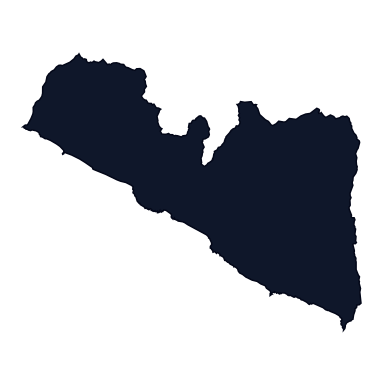 Caraveli, Arequipa, Peru
{"feature_id": "86281439B24627039816812", "entity_name": "Caraveli", "entity_type": "district", "adm_level": 2, "iso_a3": "PER", "parent_name": "Peru", "parent_adm1": "Arequipa", "projection": "natural_earth1", "projection_center": [-73.996, -15.752], "detail": "fine", "context": "isolated", "style": "filled", "palette": "ink", "viewbox_px": 384, "rotation_deg": 0, "n_neighbors": 0, "source": "geoboundaries", "source_scale": "gbopen_adm2", "svg_char_len": 5997}
<svg xmlns="http://www.w3.org/2000/svg" viewBox="0 0 384 384"><path d="M354.2,217.8L352.2,217.7L351.1,216.8L351.5,215.2L349.3,209.5L348.9,207.6L350.2,205.2L349.9,200.0L351.0,197.7L350.1,195.6L350.0,193.2L352.9,185.3L352.2,183.1L352.3,181.6L352.8,180.8L353.1,177.1L355.8,173.3L357.1,169.7L356.9,168.2L357.2,166.7L356.5,164.9L356.2,161.0L356.8,157.7L355.5,153.7L357.1,149.6L358.0,148.5L359.6,142.6L359.3,141.0L356.6,138.8L356.9,137.6L355.9,135.1L353.9,133.1L351.6,128.3L351.7,126.0L350.5,124.2L350.9,123.1L349.7,121.4L349.1,118.4L346.8,116.2L344.9,116.8L342.9,116.1L341.1,116.7L340.0,117.7L335.7,118.8L333.7,116.5L330.4,115.0L325.8,117.5L323.7,115.9L321.2,112.6L320.5,113.5L319.5,113.0L318.8,113.3L318.5,112.1L319.3,111.0L319.4,109.9L318.8,109.2L316.8,108.3L310.2,113.4L305.6,114.1L300.9,116.0L296.2,119.4L289.3,118.5L285.9,121.7L284.0,122.1L278.7,121.2L276.1,123.8L272.8,125.6L271.2,125.0L268.4,121.4L265.4,119.8L259.7,114.6L257.7,108.6L256.0,106.4L255.9,105.6L256.5,104.7L255.3,104.5L253.5,105.0L251.2,101.7L244.7,102.3L240.5,101.6L239.8,103.3L238.0,104.4L237.1,104.5L238.2,106.1L238.9,108.9L238.8,111.6L239.5,113.4L238.4,115.4L239.7,117.7L239.0,119.9L239.9,121.3L240.0,123.2L239.3,124.6L238.5,126.0L236.3,125.9L235.3,128.1L233.0,128.9L231.1,130.5L229.6,132.8L226.0,136.8L225.9,137.9L225.3,138.6L224.4,141.3L224.8,141.7L221.9,145.0L221.8,145.8L219.6,147.3L218.4,147.4L217.0,150.0L214.4,151.4L214.6,153.2L213.9,153.9L213.2,158.0L212.7,158.3L212.9,158.6L212.7,159.9L212.1,160.0L212.0,160.6L210.2,162.0L207.8,163.4L207.1,164.6L205.1,166.1L204.0,166.3L201.0,163.9L201.6,162.7L201.0,158.1L202.0,155.9L202.4,153.1L202.9,152.1L202.5,149.8L204.1,147.1L202.0,142.1L202.8,141.0L202.7,139.8L203.0,139.2L205.2,138.8L208.4,136.9L209.3,134.7L208.6,131.1L209.5,129.5L209.3,128.4L208.1,126.8L206.6,121.4L204.5,118.1L203.2,118.5L202.9,117.6L201.7,117.0L200.9,115.9L199.2,116.0L195.9,118.7L195.5,120.1L192.9,120.4L192.1,121.2L191.3,123.2L189.2,123.5L188.5,127.4L189.5,128.1L188.6,129.4L188.5,130.6L187.7,132.0L187.3,134.1L186.3,135.4L182.9,135.8L181.4,137.0L177.7,135.8L175.3,135.5L174.3,135.9L172.5,134.7L170.1,134.7L168.6,133.5L166.1,134.3L162.0,134.2L160.2,131.2L161.9,128.7L160.7,128.1L159.0,126.0L157.6,121.8L157.9,120.7L157.0,116.4L159.1,111.9L159.3,110.5L160.7,109.2L158.6,108.1L156.2,107.8L154.0,104.2L153.2,104.3L152.3,105.0L151.4,103.5L148.2,103.3L146.2,100.2L144.8,100.0L143.0,98.7L141.5,96.4L141.6,95.6L144.5,91.9L144.3,89.3L146.4,86.4L145.5,84.0L145.2,81.1L144.1,79.8L146.1,76.6L143.9,70.9L140.1,68.6L136.6,68.8L135.0,70.4L132.4,69.8L128.3,67.8L125.6,67.1L123.7,64.5L120.2,64.2L119.7,63.6L116.7,62.8L113.2,63.0L111.5,63.8L111.0,64.7L109.2,64.1L107.4,64.6L103.0,59.4L101.4,61.0L98.8,62.6L94.6,61.7L94.0,61.1L92.1,62.6L90.5,62.1L89.3,62.7L87.7,62.5L86.6,61.4L86.3,59.5L84.7,58.9L83.1,59.2L81.9,57.7L80.7,57.1L79.0,53.9L78.4,54.9L75.9,56.1L74.1,58.8L69.8,62.3L62.2,65.7L60.9,65.2L58.9,65.3L56.5,66.9L54.2,69.9L51.1,71.6L50.6,72.5L48.9,73.8L47.0,76.7L45.9,82.1L42.7,86.8L42.6,93.4L41.9,96.4L39.4,100.1L37.1,101.3L35.5,102.9L34.9,104.8L33.2,107.4L33.3,111.7L32.9,114.0L31.0,118.6L28.0,124.1L27.3,125.0L25.2,125.1L23.0,126.8L23.5,126.8L24.3,128.1L24.9,127.8L25.9,129.1L27.8,129.4L28.2,130.0L30.6,130.6L32.0,129.9L36.2,130.8L39.0,132.5L39.5,134.5L40.6,135.5L40.5,136.3L41.0,136.8L42.1,136.8L45.1,138.7L46.6,138.7L50.5,140.4L56.5,143.9L59.9,146.3L63.7,150.3L63.9,152.0L62.5,153.6L62.7,154.3L63.7,153.8L64.3,152.6L65.2,152.6L71.7,155.0L79.7,159.0L85.1,162.4L92.5,167.5L92.8,168.9L93.8,169.5L105.4,174.2L117.0,179.8L120.6,181.2L125.9,182.5L131.2,185.2L133.0,186.6L132.8,189.3L133.6,189.8L133.0,192.8L134.3,193.8L135.0,196.0L136.0,197.0L137.2,201.1L139.2,203.4L140.0,203.4L140.2,204.5L144.2,206.9L145.1,208.4L146.6,208.0L147.4,209.1L148.2,209.0L148.9,209.7L150.4,208.7L151.0,209.0L151.2,210.3L152.1,210.2L152.4,210.9L152.8,210.7L153.6,211.3L154.7,210.8L154.7,211.3L155.5,211.2L155.9,211.7L157.5,211.1L157.5,212.7L158.8,212.5L159.9,210.6L160.2,211.9L160.9,211.6L161.5,212.0L162.1,210.9L162.8,211.4L163.8,210.0L166.1,210.4L170.9,213.8L171.6,215.4L171.2,216.9L171.7,218.0L172.3,218.1L172.8,218.8L172.9,218.4L174.2,219.1L174.4,218.4L174.8,219.1L176.5,220.1L177.9,220.2L178.0,221.0L182.8,221.8L184.8,222.7L187.8,224.7L206.5,234.8L208.6,236.9L208.6,237.9L209.7,238.7L211.6,242.9L211.6,244.7L210.4,246.3L210.3,248.1L211.4,248.6L211.7,249.7L212.6,249.9L213.0,252.2L214.9,251.6L216.5,253.4L217.4,252.6L218.1,252.7L219.9,254.3L220.0,255.6L220.7,255.5L223.6,257.3L224.7,260.3L225.2,260.1L227.7,262.2L228.7,262.4L230.0,264.0L233.5,265.8L233.9,266.9L234.8,266.6L236.5,267.8L237.7,269.0L238.3,271.1L239.6,272.9L242.6,274.4L246.0,277.1L252.1,280.1L257.2,281.4L260.8,283.9L265.2,285.7L266.5,288.2L270.2,290.9L270.9,293.2L270.2,293.5L270.1,295.5L271.2,294.7L271.4,293.8L271.8,293.9L271.3,293.3L273.8,292.1L274.3,292.4L274.5,291.7L275.4,291.9L276.6,293.2L277.7,292.6L279.3,293.9L280.1,292.9L280.9,293.7L282.0,292.9L284.6,293.0L287.1,294.3L287.7,295.1L288.6,295.1L289.0,295.6L290.3,295.3L294.0,297.2L294.9,297.0L294.9,296.3L295.5,296.1L297.8,297.8L300.1,298.4L301.2,299.8L302.8,300.1L306.7,302.2L308.9,304.2L309.4,304.4L310.6,303.4L311.3,304.0L313.3,303.3L323.2,307.7L325.6,309.7L328.2,310.6L329.2,310.4L329.9,311.2L335.3,313.4L338.4,315.2L339.5,316.0L340.3,317.6L341.6,318.3L342.0,320.0L340.8,321.1L341.5,322.6L341.0,323.7L341.2,324.7L342.2,325.4L342.8,327.1L342.5,327.5L343.7,329.3L343.6,330.1L344.8,328.6L345.3,326.4L345.2,325.4L346.6,322.8L349.5,321.1L350.9,320.9L351.6,319.8L352.9,319.3L353.6,314.8L355.0,310.7L354.8,309.0L355.8,308.5L355.9,307.6L356.7,307.1L356.8,305.1L359.3,304.7L361.0,303.2L359.8,292.1L360.5,288.5L359.1,283.2L359.4,281.5L358.8,280.1L359.5,276.8L358.3,275.1L356.1,269.6L356.1,261.9L355.7,260.6L355.9,258.2L355.2,256.8L354.5,256.4L354.7,255.1L353.9,252.1L354.3,251.7L354.3,250.4L352.8,244.4L353.8,243.6L355.3,243.7L356.4,242.6L355.6,241.0L356.0,236.4L354.8,234.5L355.6,229.0L354.9,228.4L354.8,226.6L353.8,225.0L354.2,221.4L354.9,219.9L354.2,217.8Z" fill="#0f172a" stroke="#020617" stroke-width="1.5"/></svg>